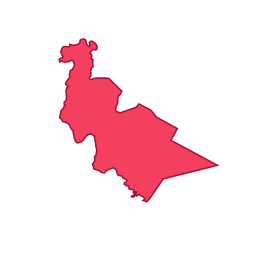 outline of Serrano do Maranhão, Maranhão, Brazil, rotated 299°
{"feature_id": "56859067B78224443987075", "entity_name": "Serrano do Maranhão", "entity_type": "district", "adm_level": 2, "iso_a3": "BRA", "parent_name": "Brazil", "parent_adm1": "Maranhão", "projection": "robinson", "projection_center": [-45.009, -1.886], "detail": "fine", "context": "isolated", "style": "filled", "palette": "rose", "viewbox_px": 256, "rotation_deg": 299, "n_neighbors": 0, "source": "geoboundaries", "source_scale": "gbopen_adm2", "svg_char_len": 3227}
<svg xmlns="http://www.w3.org/2000/svg" viewBox="0 0 256 256"><g transform="rotate(299 128 128)"><path d="M75.6,118.1L76.6,122.9L76.3,127.0L77.5,129.2L79.9,129.6L82.6,131.4L84.6,133.3L85.8,133.9L86.1,136.3L85.4,138.5L82.7,140.8L82.0,142.5L82.4,144.1L83.1,146.2L81.8,147.6L82.2,151.4L81.6,152.6L79.9,152.6L78.3,151.3L76.9,152.0L76.8,154.8L77.4,156.3L76.6,157.4L75.3,158.4L75.3,159.9L76.4,161.6L76.5,163.1L74.6,163.6L73.8,164.4L74.8,165.1L75.9,165.2L76.3,166.6L74.4,166.7L73.4,165.8L71.8,165.9L70.8,164.4L69.8,164.2L69.5,165.2L70.2,165.9L71.2,166.8L73.2,166.9L72.7,168.5L75.3,170.0L75.1,171.5L75.1,172.6L75.1,174.1L74.5,177.0L72.9,176.7L71.8,176.3L72.5,178.3L72.4,180.0L75.7,181.1L100.6,183.5L113.8,197.6L130.5,215.5L138.8,224.3L138.7,219.3L138.4,198.6L138.4,197.5L138.0,171.4L141.5,171.5L143.2,171.5L151.4,171.5L151.3,147.8L154.7,139.2L154.6,135.9L154.5,133.3L154.3,125.8L150.2,125.2L148.7,123.9L140.0,116.1L137.5,113.9L136.9,109.9L137.5,108.4L138.5,107.7L139.4,107.8L141.1,107.2L142.0,107.2L144.1,107.1L145.8,106.5L146.8,105.9L147.6,105.3L148.9,104.8L150.4,104.3L151.6,104.2L153.0,104.7L154.5,105.0L155.8,104.7L157.2,104.8L162.0,87.3L161.2,84.7L160.3,83.1L158.8,80.6L158.3,79.4L156.0,75.6L155.0,74.5L154.2,73.7L151.9,71.3L152.8,70.1L154.5,70.0L155.8,70.1L156.7,69.7L158.4,68.8L159.3,67.9L160.5,67.6L161.6,67.4L162.6,67.1L163.7,67.1L164.7,67.8L165.7,67.0L166.9,66.1L168.5,65.3L170.0,64.6L171.1,63.9L170.9,62.0L171.9,61.6L173.2,61.7L174.0,61.0L174.7,60.2L174.7,58.4L176.2,58.5L178.1,58.8L179.7,59.3L180.3,60.2L180.5,61.9L182.0,62.5L184.0,61.7L185.5,60.1L186.1,58.4L186.3,56.8L186.5,54.5L185.8,53.3L184.1,52.7L181.5,54.9L180.4,54.8L180.4,53.0L181.4,50.9L183.7,49.0L184.6,47.7L184.5,46.3L183.5,44.8L181.7,43.6L179.4,44.5L176.9,43.5L174.4,41.2L173.6,39.5L173.0,36.6L172.1,37.3L170.8,37.3L169.8,36.1L169.3,34.6L168.7,33.6L168.1,32.5L167.4,31.8L166.3,31.7L165.1,31.7L163.9,31.9L162.9,32.2L161.9,32.3L160.5,34.2L159.4,35.7L158.7,36.8L157.4,36.3L155.0,34.4L154.0,34.9L152.7,36.4L154.3,37.5L154.9,40.8L156.6,42.5L156.8,43.7L158.5,44.7L160.1,46.2L159.7,47.9L158.9,48.9L157.4,50.5L155.9,50.9L154.5,50.8L152.1,51.1L151.2,50.1L149.9,49.6L148.7,50.2L145.8,51.0L145.4,51.9L144.2,52.2L143.1,52.3L142.2,52.3L141.3,51.9L138.6,51.6L137.4,51.8L136.0,52.1L135.8,53.7L135.3,55.1L134.5,55.4L133.6,55.0L132.3,55.3L130.8,55.5L129.3,56.4L128.2,57.3L127.0,57.9L125.9,58.8L124.5,59.5L123.6,60.0L122.1,60.3L120.9,60.0L119.9,59.6L119.0,60.0L118.0,60.6L117.5,62.0L116.6,61.4L115.3,61.7L113.5,61.9L112.0,61.4L110.6,61.1L109.7,61.4L108.2,62.0L106.9,62.2L106.0,62.5L104.7,62.8L103.7,63.6L103.5,65.0L102.9,66.4L102.1,67.4L102.1,68.6L102.5,69.7L102.8,71.2L102.8,73.0L102.5,74.5L102.1,75.3L101.3,76.7L100.2,78.1L99.4,79.4L99.0,81.2L96.9,82.7L95.4,84.1L92.9,86.1L92.4,87.0L91.0,88.2L90.3,90.0L90.6,91.4L92.2,92.8L93.5,94.0L95.3,94.7L97.9,95.0L100.2,95.4L101.6,95.8L103.2,96.7L104.7,98.4L104.9,100.0L104.7,101.3L104.5,102.4L104.0,103.2L102.7,103.8L101.9,104.7L100.2,106.0L98.9,107.1L97.9,107.8L96.6,108.5L95.6,109.6L94.6,110.4L93.8,111.1L92.4,111.9L90.6,112.4L89.7,112.9L88.1,113.1L86.8,112.6L85.5,113.2L84.8,113.9L84.0,114.6L83.0,114.9L81.1,114.7L79.8,114.3L78.2,115.1L77.6,116.9L76.4,117.1L75.6,118.1Z" fill="#f43f5e" stroke="#9f1239" stroke-width="1.5"/></g></svg>